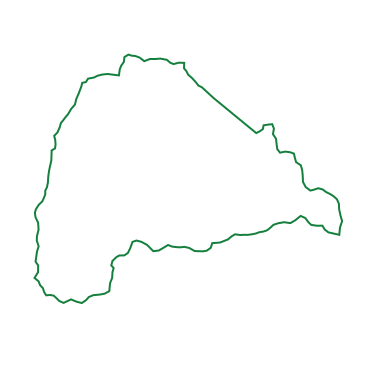 São Roque do Canaã, Espírito Santo, Brazil, rotated 8°
{"feature_id": "56859067B1151927848611", "entity_name": "São Roque do Canaã", "entity_type": "district", "adm_level": 2, "iso_a3": "BRA", "parent_name": "Brazil", "parent_adm1": "Espírito Santo", "projection": "mercator", "projection_center": [-40.674, -19.727], "detail": "fine", "context": "isolated", "style": "outline", "palette": "green", "viewbox_px": 384, "rotation_deg": 8, "n_neighbors": 0, "source": "geoboundaries", "source_scale": "gbopen_adm2", "svg_char_len": 2367}
<svg xmlns="http://www.w3.org/2000/svg" viewBox="0 0 384 384"><g transform="rotate(8 192 192)"><path d="M68.1,99.2L67.7,103.1L66.8,107.0L66.0,110.6L64.5,115.8L63.9,121.7L60.8,126.5L58.5,132.0L56.1,135.9L54.4,139.0L52.6,141.9L51.9,146.7L50.4,151.9L47.7,155.6L49.3,159.4L50.3,164.1L50.3,167.9L47.2,170.4L47.7,174.6L48.3,180.6L47.8,186.2L47.5,191.7L47.5,196.4L48.0,202.4L47.7,207.5L46.5,211.1L47.0,214.8L46.1,218.6L45.1,222.1L42.1,225.9L39.9,230.6L39.3,234.3L40.5,238.7L43.9,243.9L45.3,250.7L44.6,257.5L45.1,261.8L47.7,267.1L46.8,272.5L46.8,277.3L46.8,282.8L49.9,286.1L50.7,292.9L48.0,299.0L52.6,301.9L54.5,305.4L57.7,307.9L59.4,311.5L61.9,314.6L66.1,313.7L69.5,313.9L72.6,316.0L75.5,318.3L80.3,319.7L83.3,317.7L87.2,315.2L92.5,316.6L98.3,317.3L102.1,313.9L104.4,310.4L108.6,307.9L115.4,306.3L119.7,304.8L123.9,301.7L123.7,297.2L123.6,293.4L124.9,288.2L124.4,282.4L125.0,278.2L122.3,276.0L122.8,271.4L126.1,267.1L128.8,265.0L133.8,264.2L137.0,261.3L138.7,256.1L140.0,249.7L143.8,247.8L148.9,248.4L155.0,250.7L161.9,256.0L167.2,254.6L171.9,250.9L175.7,247.8L179.7,248.8L183.9,248.8L188.1,248.4L192.1,247.4L197.0,247.8L202.9,250.1L206.7,249.7L211.2,249.2L214.9,248.0L218.3,244.7L219.2,239.8L222.6,239.1L226.9,238.1L234.3,233.9L237.4,230.4L240.5,227.9L245.6,227.9L249.7,227.1L253.2,226.7L257.0,225.6L261.1,224.2L264.1,222.5L268.3,221.2L271.8,219.4L274.7,216.3L277.2,213.2L281.3,211.1L287.4,209.1L293.8,209.1L298.0,205.8L302.9,200.6L307.8,202.0L311.6,205.8L314.7,208.0L320.5,208.0L325.8,207.2L328.7,210.7L332.7,213.0L343.8,213.9L343.5,206.6L344.7,199.9L342.2,194.3L340.1,188.6L339.1,183.2L336.5,179.0L332.8,176.5L329.4,174.9L324.8,173.4L321.1,171.3L316.5,170.7L312.3,172.8L309.0,174.1L303.9,171.3L300.5,166.6L299.3,160.1L298.0,154.8L296.0,150.4L290.9,147.9L289.0,143.6L287.6,139.8L283.8,139.0L278.8,139.0L273.7,140.8L270.5,137.7L269.2,133.2L267.8,127.6L264.1,123.4L264.3,117.8L262.0,113.7L257.9,114.7L253.6,116.0L253.4,119.9L250.5,122.6L247.4,124.7L200.5,96.1L187.2,86.9L183.5,85.7L180.8,83.0L176.1,79.1L171.8,76.3L169.8,73.3L166.9,70.6L166.3,65.2L160.9,65.8L155.9,67.9L152.4,67.0L148.7,64.6L142.1,64.3L137.3,65.4L131.7,66.2L126.5,69.1L121.5,66.2L116.8,65.2L113.5,65.4L109.9,64.8L106.3,67.8L106.4,72.8L104.3,76.8L103.4,80.5L103.4,86.7L97.7,86.8L91.9,86.9L86.7,88.2L82.1,90.1L79.0,92.3L73.3,94.2L71.6,97.9L68.1,99.2Z" fill="none" stroke="#15803d" stroke-width="2"/></g></svg>